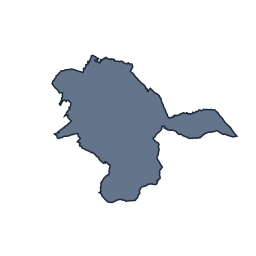 the district of Sangeru, Prahova, Romania, rotated 40°
{"feature_id": "2599482B30255763937111", "entity_name": "Sangeru", "entity_type": "district", "adm_level": 2, "iso_a3": "ROU", "parent_name": "Romania", "parent_adm1": "Prahova", "projection": "robinson", "projection_center": [26.355, 45.139], "detail": "fine", "context": "isolated", "style": "filled", "palette": "slate", "viewbox_px": 256, "rotation_deg": 40, "n_neighbors": 0, "source": "geoboundaries", "source_scale": "gbopen_adm2", "svg_char_len": 5759}
<svg xmlns="http://www.w3.org/2000/svg" viewBox="0 0 256 256"><g transform="rotate(40 128 128)"><path d="M174.0,184.6L178.8,180.1L180.1,178.6L180.1,178.3L179.9,177.7L180.1,175.4L179.2,173.5L179.0,172.4L179.2,171.1L178.4,169.9L177.2,169.0L176.5,166.5L176.5,163.9L177.8,162.4L178.3,161.4L179.2,160.5L179.1,159.5L180.0,157.7L182.1,155.6L184.5,154.5L185.7,153.1L185.9,152.6L185.7,151.4L184.1,149.4L184.9,149.0L184.3,147.9L185.0,146.6L185.0,146.2L184.4,145.2L182.2,143.7L181.5,142.3L180.0,140.9L179.5,139.3L179.6,138.0L179.4,135.8L176.0,134.9L173.9,133.9L170.8,133.1L169.5,132.4L168.8,131.5L168.6,129.9L168.2,128.8L166.5,126.5L166.2,126.0L166.4,125.8L165.7,124.5L163.3,122.9L162.3,120.6L160.6,120.0L158.4,120.6L155.1,120.3L153.6,119.4L154.4,117.9L153.9,115.8L153.8,113.7L154.2,112.7L154.6,108.2L154.5,107.2L153.7,106.4L153.6,105.4L152.9,104.9L154.4,103.6L154.4,103.9L155.3,103.7L155.6,104.4L155.9,104.0L156.3,103.9L156.6,104.4L157.1,104.2L157.2,103.8L157.7,103.9L157.9,104.3L159.1,103.6L159.7,103.9L160.4,103.3L161.1,103.1L161.4,102.4L162.2,102.4L162.9,101.6L163.0,101.1L165.0,100.5L166.2,99.8L167.6,99.8L167.9,100.1L168.3,99.9L169.6,100.3L170.1,100.0L170.6,100.2L171.2,99.6L171.9,99.7L172.1,99.0L173.0,98.5L175.3,98.6L175.8,98.1L178.0,97.6L179.4,96.9L180.7,97.0L181.2,96.4L182.0,96.3L182.4,95.7L183.8,94.8L185.6,92.5L186.2,92.4L186.5,91.9L187.3,91.7L188.2,90.0L189.4,89.4L189.1,88.7L189.6,88.2L190.1,84.8L190.5,83.4L190.5,82.7L191.4,81.7L191.7,80.6L192.5,79.3L193.8,78.3L195.9,75.9L197.8,72.9L198.3,72.7L202.1,72.4L205.1,71.6L206.6,70.2L208.2,69.9L214.2,67.3L216.6,64.3L210.6,63.2L205.8,61.7L200.3,61.6L197.5,61.1L196.0,60.5L193.0,59.8L190.2,59.6L187.4,58.6L185.9,58.5L185.5,58.8L184.3,58.4L182.5,58.5L181.3,59.8L179.7,60.3L179.5,60.8L178.9,61.2L178.7,61.8L175.8,63.6L175.3,64.3L173.9,65.2L173.8,66.0L173.0,67.7L171.4,68.0L171.0,68.4L170.7,68.9L170.8,69.8L170.6,70.8L169.4,71.7L169.6,72.5L169.2,73.8L167.8,74.2L168.0,74.4L167.7,74.9L167.9,75.8L167.2,76.4L167.1,77.2L165.9,77.4L165.1,78.1L165.0,78.7L163.3,78.4L163.1,78.7L163.3,79.0L162.8,80.0L160.6,80.6L160.3,81.0L160.3,82.1L158.9,83.5L159.1,84.8L158.4,85.4L158.3,86.0L157.6,87.1L156.7,87.2L156.3,87.8L155.6,88.2L156.0,88.8L155.9,89.4L155.0,89.6L154.9,89.9L155.6,90.5L155.5,91.1L154.1,92.2L153.6,93.2L153.6,93.7L152.6,94.0L150.1,93.2L149.5,92.5L147.3,91.7L145.4,90.4L141.5,88.9L140.4,87.8L137.1,86.5L134.1,84.2L132.8,84.1L131.4,83.2L127.9,83.2L127.5,83.7L126.8,83.6L125.2,83.9L124.0,83.6L119.7,83.3L119.5,84.6L120.1,87.0L119.2,87.4L118.3,86.8L118.2,86.1L117.8,85.9L117.3,86.0L116.7,85.8L116.0,86.3L115.1,85.3L113.3,84.9L111.7,84.6L110.6,85.2L109.4,84.8L108.6,85.0L106.1,84.5L104.0,84.5L103.6,84.2L102.6,84.0L101.4,84.1L97.0,83.0L93.5,83.2L93.2,82.9L93.0,80.9L92.2,77.9L89.9,76.6L88.3,77.7L87.3,78.0L86.3,77.9L86.3,78.8L86.0,79.1L85.8,79.7L85.4,79.9L83.1,80.8L81.5,80.5L80.2,81.0L79.5,81.6L78.6,82.8L77.3,83.4L75.4,84.9L73.5,85.2L73.3,85.0L73.6,84.5L73.3,84.4L70.8,85.7L70.6,86.0L71.1,86.3L70.2,87.1L69.1,87.2L68.1,88.1L67.3,87.9L66.8,88.2L65.6,88.1L65.5,88.6L65.8,89.0L65.0,89.6L65.4,90.1L64.6,91.0L64.4,93.5L64.1,93.4L64.1,93.0L63.6,93.4L63.3,93.5L63.2,93.1L63.0,93.3L63.6,94.1L63.7,94.8L64.8,95.8L64.8,96.2L64.1,96.3L63.4,96.7L62.9,96.6L62.4,97.1L60.5,97.2L60.2,97.7L59.0,97.5L58.9,97.3L59.5,97.2L60.5,96.7L60.9,96.2L61.1,95.6L60.1,95.0L60.7,94.7L60.8,93.9L60.5,93.7L59.8,94.5L57.2,94.3L56.1,94.8L55.1,94.7L53.7,95.7L53.6,96.1L54.6,98.4L55.9,102.6L54.8,102.4L54.5,102.5L54.5,102.8L55.2,104.0L56.1,104.2L56.2,104.9L56.3,105.3L55.5,105.8L55.0,106.6L55.9,107.9L56.7,110.1L55.7,110.8L56.1,111.1L56.1,111.5L56.5,111.4L56.9,111.7L57.8,114.6L56.1,115.1L53.5,116.4L48.9,118.0L46.3,119.5L45.5,120.9L42.5,123.8L42.3,124.9L41.4,125.9L41.0,126.7L40.1,127.1L40.2,127.4L40.0,129.2L40.2,130.0L39.8,130.7L40.1,131.3L40.1,132.6L39.4,134.3L40.0,134.9L40.3,135.6L40.3,138.3L40.7,139.0L40.3,139.9L40.6,140.9L41.2,141.8L41.3,142.9L46.9,144.1L47.8,143.9L51.2,144.5L52.7,145.2L53.8,144.4L54.6,143.3L55.2,143.1L55.7,143.6L56.6,145.1L57.6,145.9L57.9,146.6L57.8,147.5L59.1,149.0L59.1,150.1L59.5,150.6L59.9,152.1L59.7,153.1L60.1,153.8L61.4,154.1L61.6,154.0L61.3,152.4L60.9,152.2L61.0,150.6L60.6,150.2L60.6,149.7L61.2,147.5L62.2,147.3L63.6,147.4L63.5,146.2L64.7,145.1L65.5,145.4L67.6,145.4L68.7,146.2L69.3,147.5L70.1,148.4L70.0,149.8L69.6,150.2L69.9,150.4L69.9,150.7L71.0,150.9L70.8,151.1L71.3,152.4L70.9,153.1L71.1,154.7L70.9,155.2L71.8,157.5L71.6,158.7L71.8,159.6L73.0,156.8L73.2,156.7L74.2,157.0L74.3,157.4L74.2,157.9L74.9,158.4L78.0,159.0L79.9,159.0L80.2,160.7L79.8,162.0L79.5,164.0L79.7,164.4L79.0,166.2L78.7,167.7L79.1,168.4L78.5,168.9L76.9,176.0L77.8,176.1L75.5,179.8L78.4,179.7L80.3,181.0L81.8,180.4L81.9,179.8L83.5,177.8L84.4,175.3L85.7,174.4L87.6,172.2L88.4,170.9L88.8,169.7L90.3,168.1L90.7,167.1L93.3,164.5L95.2,166.3L98.2,166.4L98.0,171.2L99.8,170.5L101.1,170.4L101.4,170.9L101.1,171.3L101.6,171.7L101.8,172.3L102.5,172.8L104.2,172.0L105.0,172.6L106.1,172.8L107.6,172.2L110.8,171.6L112.1,171.0L116.3,170.2L116.3,169.6L118.1,169.3L122.2,169.9L124.6,169.5L125.1,170.2L128.1,170.9L132.1,170.7L132.2,169.5L132.9,169.4L132.4,169.0L133.1,168.9L132.3,168.7L132.5,168.4L133.2,168.4L133.7,168.0L134.3,168.3L135.0,168.0L136.6,168.6L137.1,167.9L137.9,167.9L138.0,168.2L138.9,168.7L139.4,170.2L140.3,171.8L141.5,173.6L142.5,174.3L142.8,174.8L142.8,175.3L143.1,175.9L142.7,176.6L142.7,177.7L142.2,178.5L141.8,179.7L142.2,180.7L141.8,182.2L141.9,183.1L142.4,184.8L142.3,186.2L142.8,186.7L142.5,187.4L144.7,189.8L144.9,191.0L145.8,191.8L146.3,192.5L147.8,193.6L147.9,194.3L147.5,196.0L149.7,195.5L151.7,196.7L157.0,197.5L160.0,197.6L162.5,196.2L163.7,195.3L165.5,191.7L165.6,190.9L165.8,190.2L166.9,189.2L167.2,188.3L168.8,187.1L170.5,186.6L171.9,185.4L173.6,185.5L174.0,184.6Z" fill="#64748b" stroke="#1e293b" stroke-width="1.5"/></g></svg>